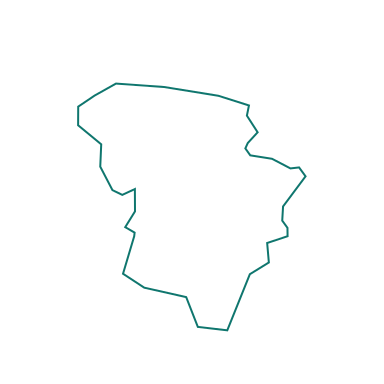 the Unitary Authority of Milton Keynes, rotated 146°
{"feature_id": "GBR-2038", "entity_name": "Milton Keynes", "entity_type": "Unitary Authority", "adm_level": 1, "iso_a3": "GBR", "parent_name": "United Kingdom", "parent_adm1": "", "projection": "orthographic", "projection_center": [-0.733, 52.07], "detail": "fine", "context": "isolated", "style": "outline", "palette": "teal", "viewbox_px": 384, "rotation_deg": 146, "n_neighbors": 0, "source": "natural_earth", "source_scale": "10m", "svg_char_len": 614}
<svg xmlns="http://www.w3.org/2000/svg" viewBox="0 0 384 384"><g transform="rotate(146 192 192)"><path d="M218.8,326.4L194.4,324.4L156.5,294.7L116.3,257.0L96.4,231.9L103.8,224.6L104.2,204.8L118.4,201.4L123.4,198.3L123.2,189.8L107.1,174.8L97.2,156.5L89.5,152.5L89.1,141.5L124.6,129.1L133.2,117.8L132.9,108.9L137.5,101.9L158.2,107.7L167.7,90.6L190.0,91.5L240.1,57.6L262.6,76.9L255.6,108.1L285.1,139.4L294.9,162.8L264.7,187.6L262.3,190.4L267.0,200.2L250.1,207.8L237.7,226.4L251.4,228.6L256.9,238.0L253.9,264.3L240.6,282.3L249.1,311.0L238.6,326.4L218.8,326.4Z" fill="none" stroke="#0f766e" stroke-width="2"/></g></svg>